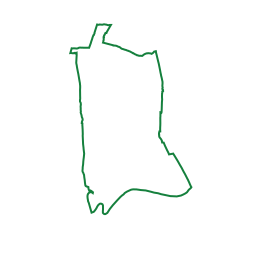 Fauresti, Vâlcea, Romania (Albers equal-area conic projection), rotated 289°
{"feature_id": "2599482B59878510714092", "entity_name": "Fauresti", "entity_type": "district", "adm_level": 2, "iso_a3": "ROU", "parent_name": "Romania", "parent_adm1": "Vâlcea", "projection": "albers", "projection_center": [24.027, 44.573], "detail": "fine", "context": "isolated", "style": "outline", "palette": "green", "viewbox_px": 256, "rotation_deg": 289, "n_neighbors": 0, "source": "geoboundaries", "source_scale": "gbopen_adm2", "svg_char_len": 5431}
<svg xmlns="http://www.w3.org/2000/svg" viewBox="0 0 256 256"><g transform="rotate(289 128 128)"><path d="M209.7,129.3L209.0,128.3L208.8,127.9L207.1,127.2L206.8,126.9L206.2,126.5L205.8,126.2L205.9,125.2L205.7,124.3L205.4,123.1L205.3,122.6L205.0,122.2L204.7,121.4L204.1,120.6L203.2,119.6L202.8,119.3L202.3,118.9L201.1,118.2L200.9,118.1L200.7,117.7L200.6,117.0L200.2,115.8L200.0,115.3L199.9,115.0L199.9,114.9L199.9,114.5L199.8,114.2L199.9,113.7L199.9,113.3L199.9,113.2L199.7,112.9L199.9,112.0L200.0,111.0L200.0,110.6L200.1,110.1L200.2,109.9L200.3,109.3L200.3,108.7L200.5,108.5L200.5,108.2L200.4,108.0L200.5,107.8L200.6,107.2L200.7,106.6L200.9,105.4L201.0,104.9L201.0,104.6L201.0,104.3L201.0,103.6L201.1,103.1L201.0,102.5L201.0,101.9L201.1,101.3L201.1,100.8L201.1,100.3L201.0,99.6L201.0,97.6L200.9,96.5L201.0,95.8L201.7,94.0L201.7,93.7L201.8,93.0L201.7,92.6L201.7,92.3L201.9,90.6L201.9,89.9L201.4,87.7L201.2,87.3L201.4,87.1L200.6,76.6L201.3,76.6L202.5,76.3L202.9,76.4L203.8,76.2L204.3,76.0L205.5,75.5L205.6,75.8L205.9,75.8L206.0,75.7L206.2,75.4L206.7,75.3L207.6,75.3L207.8,75.5L208.0,75.5L208.5,75.4L208.9,75.5L209.6,75.7L210.2,75.7L210.5,75.7L210.6,75.8L210.8,76.2L210.6,76.2L210.7,76.3L210.8,76.7L211.9,76.7L219.9,78.3L219.8,78.0L219.5,77.2L219.2,76.7L218.8,75.9L218.7,75.2L218.7,74.4L218.7,73.8L218.5,73.1L218.4,72.2L218.2,71.5L218.0,71.1L217.5,70.5L217.2,69.7L217.0,69.0L216.7,67.8L216.6,67.4L216.2,67.0L216.0,66.6L215.8,65.1L207.6,65.3L207.2,65.3L206.8,65.5L206.3,65.5L205.2,65.4L204.7,65.4L204.5,65.1L202.1,65.0L200.6,65.1L199.2,65.1L197.5,65.1L196.1,65.2L191.2,65.1L190.3,62.4L189.4,59.8L189.3,59.3L188.3,56.2L188.0,55.6L187.1,54.7L186.6,54.0L186.4,53.5L186.1,52.2L185.8,51.2L185.1,49.3L185.0,48.8L180.1,49.1L180.3,49.5L180.5,50.0L180.5,50.7L180.6,51.1L180.7,51.6L180.8,51.9L180.9,52.0L181.1,52.2L181.2,52.4L181.2,52.6L181.4,52.8L181.7,53.1L181.8,53.3L181.7,53.4L181.4,53.5L181.3,53.9L181.3,54.0L181.5,54.2L181.7,54.3L181.9,54.3L182.1,54.6L182.4,54.9L180.3,55.7L172.9,57.8L171.9,58.3L170.6,59.1L169.4,59.7L167.6,60.7L166.4,61.4L165.0,62.2L162.8,63.5L156.9,66.7L154.8,67.9L153.4,68.5L152.4,69.0L150.4,69.7L148.3,70.3L146.1,71.1L143.3,72.1L140.6,73.1L139.7,73.4L139.2,73.4L138.5,73.6L137.7,73.9L137.4,74.0L137.1,74.3L136.8,74.6L136.6,74.9L135.9,75.3L135.1,75.7L134.5,75.8L134.4,75.9L133.1,76.1L132.4,76.4L131.4,76.8L130.9,77.0L129.9,77.3L128.6,77.9L128.2,78.1L127.3,78.2L127.1,78.3L126.3,78.9L125.4,79.6L124.8,80.0L124.0,80.4L123.3,80.8L122.5,81.6L121.6,82.2L121.1,82.4L120.7,82.5L119.7,82.4L118.9,82.4L117.6,82.7L117.7,83.2L117.5,83.4L115.8,83.9L115.2,84.2L111.8,85.6L107.6,87.2L105.9,87.7L104.4,88.3L98.1,90.8L95.0,92.3L93.6,92.9L89.5,94.9L85.7,95.8L83.7,96.2L81.9,96.6L79.0,97.4L76.3,97.9L74.7,98.4L72.7,98.9L72.1,99.2L71.8,99.4L71.5,99.8L71.1,100.2L70.8,100.5L70.2,100.9L69.9,101.2L69.4,101.7L68.9,101.9L68.3,102.2L67.6,102.5L66.4,103.1L65.5,103.6L64.3,104.2L62.3,105.1L60.4,106.1L59.7,106.5L59.6,106.8L59.4,107.0L59.3,107.3L59.3,107.5L59.2,107.8L59.2,108.0L59.2,108.3L59.3,108.5L59.3,108.9L59.3,109.7L57.8,110.4L57.2,110.8L56.1,111.8L56.3,111.9L56.7,112.6L56.6,113.3L56.4,114.3L56.0,114.9L55.8,115.8L55.0,115.9L55.1,115.6L55.3,115.1L55.3,114.6L55.3,114.2L55.2,113.8L55.1,113.3L54.8,112.9L54.6,112.6L54.3,112.4L53.8,112.1L53.3,111.9L52.9,111.7L52.4,111.7L51.9,111.6L51.2,111.7L50.7,111.8L50.0,112.0L48.6,112.6L47.3,113.3L46.6,113.7L45.9,114.0L45.4,114.4L44.9,114.9L44.3,115.4L36.1,121.1L37.6,122.9L39.4,123.6L41.5,124.2L43.7,124.5L45.3,124.9L47.1,125.9L47.7,127.0L47.6,128.6L46.7,129.5L45.1,130.1L42.5,131.0L41.2,131.3L39.6,131.9L39.2,132.6L38.9,133.6L39.3,134.7L41.0,136.1L45.6,137.2L50.1,138.8L56.2,141.4L60.4,143.3L62.0,144.2L62.5,144.5L63.7,145.4L65.5,146.1L67.6,147.8L69.5,149.8L70.1,150.4L70.4,150.7L70.8,151.3L71.2,151.9L71.7,153.0L71.9,153.5L72.3,154.9L72.6,155.6L73.2,158.6L73.5,160.3L74.7,165.0L75.2,170.4L75.4,173.7L76.1,177.7L76.2,180.9L76.7,184.7L77.4,190.3L78.1,192.6L79.2,196.4L81.4,200.1L83.2,202.0L84.9,203.6L86.4,204.7L89.4,205.6L91.6,206.9L92.7,207.2L93.1,206.6L93.9,205.9L94.9,204.9L95.6,204.3L96.5,203.5L97.4,202.6L98.5,201.6L99.2,200.8L102.5,197.4L103.6,196.2L104.2,195.5L105.2,194.4L107.7,191.8L108.9,190.4L109.9,189.2L111.7,187.2L113.1,185.6L116.5,181.5L117.5,180.3L117.9,179.7L118.1,179.4L118.4,179.2L118.5,179.1L118.4,178.9L116.4,175.4L117.7,174.3L118.1,173.9L119.6,172.3L123.3,168.7L125.8,166.5L125.7,166.1L125.6,165.7L125.4,165.0L126.0,164.7L126.6,164.3L126.8,164.3L127.1,164.1L128.1,163.0L128.4,162.6L129.5,160.8L129.8,160.6L130.3,160.2L130.8,160.0L131.4,159.8L131.5,159.8L131.6,159.6L133.2,159.0L135.0,158.8L135.1,159.1L135.3,159.6L137.0,158.9L139.5,158.1L140.6,157.8L143.1,157.0L148.2,155.2L149.4,154.9L150.3,154.6L151.8,154.1L153.5,153.5L153.6,154.0L153.7,154.4L153.6,154.6L153.8,154.6L156.6,153.8L159.5,152.9L163.7,151.6L166.1,151.0L168.0,150.2L170.0,149.5L170.8,149.3L171.5,149.0L171.8,149.0L172.5,149.0L172.9,148.8L173.4,148.6L173.8,148.5L174.0,148.6L174.0,148.9L174.0,149.0L174.3,149.2L174.5,149.1L174.7,148.9L174.6,148.7L175.2,148.7L175.3,148.7L175.5,148.5L175.8,148.4L175.9,148.2L175.9,147.9L176.0,147.8L176.4,147.7L176.6,147.6L177.6,147.6L177.9,147.4L178.3,147.1L178.6,147.0L179.2,146.7L179.7,146.6L181.5,146.1L181.9,146.0L182.5,145.7L183.1,145.5L183.4,145.3L185.4,144.1L186.1,143.7L186.4,143.5L187.2,143.0L187.9,142.5L189.5,141.6L190.8,140.8L193.8,139.1L198.9,136.1L200.7,134.9L207.0,130.9L208.6,129.8L208.9,129.8L209.7,129.3Z" fill="none" stroke="#15803d" stroke-width="2"/></g></svg>